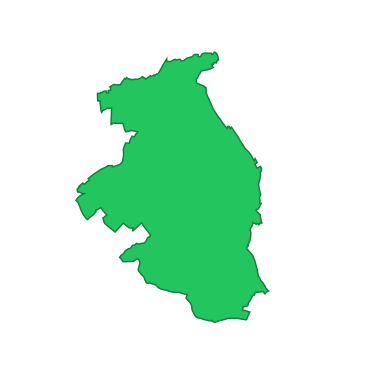 Craciunesti, Mures, Romania (Natural Earth projection), rotated 324°
{"feature_id": "2599482B86140675051410", "entity_name": "Craciunesti", "entity_type": "district", "adm_level": 2, "iso_a3": "ROU", "parent_name": "Romania", "parent_adm1": "Mures", "projection": "natural_earth1", "projection_center": [24.571, 46.464], "detail": "fine", "context": "isolated", "style": "filled", "palette": "green", "viewbox_px": 384, "rotation_deg": 324, "n_neighbors": 0, "source": "geoboundaries", "source_scale": "gbopen_adm2", "svg_char_len": 5979}
<svg xmlns="http://www.w3.org/2000/svg" viewBox="0 0 384 384"><g transform="rotate(324 192 192)"><path d="M195.7,317.0L195.3,313.4L195.3,312.7L195.7,311.6L195.7,309.7L196.0,307.6L195.6,303.8L196.2,301.3L196.3,299.0L197.6,295.9L198.4,294.7L199.9,290.9L201.4,287.2L202.7,283.6L202.9,281.9L203.5,280.8L203.6,279.3L203.7,277.3L203.3,273.0L202.8,270.5L203.4,269.6L203.9,269.1L204.5,268.8L205.9,268.6L206.0,268.5L205.8,268.1L206.1,267.7L210.6,265.2L212.5,263.4L214.0,261.5L215.6,259.8L217.0,256.3L218.3,255.6L218.6,255.7L219.2,255.5L220.9,254.6L221.6,254.1L223.2,252.6L224.9,255.1L224.8,255.3L225.0,255.8L225.3,255.9L225.9,255.6L226.8,256.6L227.7,256.8L226.5,257.6L226.6,257.8L227.6,257.7L228.1,257.2L229.0,257.4L230.2,258.2L230.4,258.1L230.6,257.6L230.4,257.3L230.5,256.9L233.0,251.8L233.9,250.5L233.3,248.6L233.3,247.9L233.0,247.0L232.9,245.2L233.3,244.3L233.6,244.2L234.9,244.6L236.5,244.4L238.6,243.1L241.2,242.0L241.4,241.8L240.1,240.7L240.8,240.1L242.0,238.9L243.0,236.6L246.1,234.2L247.6,230.5L249.9,225.5L250.6,224.7L254.4,221.5L257.7,218.2L257.9,217.3L258.2,216.8L261.2,215.2L261.8,214.2L262.1,213.4L262.3,212.1L262.3,211.3L260.0,211.3L258.7,210.9L259.2,206.4L262.1,206.5L262.6,202.1L260.6,203.3L260.8,201.4L261.1,199.8L261.4,196.1L261.3,192.5L260.5,188.0L260.9,182.9L260.6,183.0L260.8,182.1L261.8,172.3L261.6,171.6L262.0,163.9L261.9,162.7L261.0,163.2L260.1,163.1L260.0,162.8L260.6,161.6L260.5,160.9L260.0,160.2L259.3,159.9L258.8,160.6L257.7,161.2L257.3,158.5L257.5,155.9L257.4,152.7L257.6,150.4L257.7,149.7L257.4,148.3L257.7,140.4L258.2,135.7L259.1,132.0L259.5,130.1L260.3,127.0L260.7,124.3L261.6,120.6L262.2,118.9L263.1,118.3L264.6,115.8L263.8,114.8L263.8,114.6L264.2,114.2L263.7,113.1L259.8,106.7L260.8,104.6L261.6,103.4L262.2,103.1L263.5,103.1L266.0,101.5L268.6,100.6L270.5,99.5L274.2,101.1L276.5,102.3L279.3,103.2L282.0,103.7L282.4,103.7L282.3,103.2L283.0,100.4L284.3,101.3L285.4,100.7L286.0,100.3L286.4,100.4L287.1,101.6L287.5,101.9L287.9,101.7L288.9,100.6L289.8,100.8L290.1,100.4L290.3,100.4L290.9,100.7L291.1,100.6L291.7,99.6L292.7,97.4L293.2,95.2L293.2,94.3L292.8,92.6L292.4,92.1L292.1,91.9L291.9,92.0L289.9,92.9L289.5,92.7L288.8,92.2L289.3,91.7L289.3,91.4L288.8,90.7L286.7,89.3L284.9,87.7L284.3,87.4L281.7,86.2L280.1,86.7L279.1,87.3L278.8,87.2L278.2,87.3L276.9,86.7L276.8,85.9L277.4,85.1L277.7,84.5L277.5,84.1L276.6,83.3L275.0,82.3L273.1,82.3L272.5,82.7L271.7,82.6L266.4,80.7L263.6,80.7L263.0,81.0L261.8,80.5L260.3,79.2L260.5,78.0L260.3,77.7L259.5,77.0L258.4,76.5L257.3,76.4L256.8,76.1L256.7,75.9L256.9,75.3L256.7,75.0L255.0,74.3L252.1,74.1L251.3,73.9L250.7,73.3L248.5,71.8L248.8,71.1L249.8,69.5L244.2,71.8L234.3,76.4L232.7,75.8L229.9,75.8L230.0,75.0L226.7,74.5L226.5,74.2L226.6,73.5L220.8,73.6L221.0,72.3L220.1,71.1L219.9,69.7L219.6,69.6L216.9,69.6L215.4,69.1L214.4,69.1L212.9,67.6L210.3,66.3L208.9,65.2L208.2,64.8L207.9,63.7L207.1,63.5L206.3,60.9L204.9,61.6L204.4,61.7L204.1,61.2L204.0,60.6L200.5,61.7L197.0,63.2L196.2,62.4L194.3,61.3L192.6,59.7L191.5,58.9L187.3,58.7L187.7,59.3L187.6,59.5L186.1,61.9L184.1,60.8L182.7,62.8L181.1,61.7L182.2,60.2L180.6,59.0L179.7,58.6L178.2,58.7L176.4,57.9L175.8,58.1L173.4,56.7L169.3,62.9L171.1,64.0L166.1,73.0L165.6,74.4L166.6,74.3L166.7,73.7L167.3,73.6L171.8,74.5L172.7,74.5L173.4,74.8L173.4,75.4L173.9,75.7L176.5,76.5L166.2,89.8L167.0,90.1L167.5,89.3L167.7,89.2L176.5,96.1L176.6,96.4L175.7,97.8L175.4,99.1L174.0,102.0L174.0,103.5L173.8,104.5L179.2,106.8L183.5,111.3L181.8,112.2L181.2,112.3L180.7,112.0L180.1,112.2L179.5,112.7L177.8,113.5L176.3,111.6L175.5,112.1L173.5,113.0L172.6,113.5L170.1,115.6L167.0,113.4L163.7,115.5L161.3,117.4L158.5,121.8L154.9,125.3L155.1,125.5L153.9,126.4L152.1,127.1L149.7,127.2L145.2,126.0L142.3,124.6L143.0,123.8L140.6,122.0L139.2,121.2L138.9,121.5L131.5,120.2L123.6,119.8L116.0,120.1L116.1,121.9L109.3,122.4L109.0,120.6L104.1,120.9L104.3,121.8L100.8,122.1L99.6,124.5L99.6,125.3L100.6,125.3L100.9,126.3L101.7,127.5L102.1,128.6L103.8,129.9L103.0,129.9L100.3,129.3L97.1,129.3L93.2,130.5L93.6,132.4L93.7,133.2L93.6,134.1L91.5,141.7L90.8,146.7L90.8,150.3L90.8,151.2L91.3,152.9L94.4,152.5L96.5,152.6L97.8,152.4L99.5,152.3L100.8,151.9L102.2,151.7L103.1,151.1L103.3,150.7L103.2,150.3L103.5,150.1L104.8,150.6L109.1,151.0L109.0,154.6L109.6,160.6L104.7,160.7L102.8,165.8L106.2,179.2L118.1,176.9L120.0,184.0L123.2,186.7L121.2,188.5L121.4,188.7L133.0,187.4L132.9,195.0L133.0,195.9L133.1,202.7L131.1,203.2L129.4,202.9L127.9,203.6L125.8,204.9L125.2,205.1L123.4,205.1L122.4,204.9L120.8,203.7L118.4,202.9L117.4,201.9L117.3,201.2L116.9,200.9L114.5,201.2L112.6,200.2L111.8,200.4L110.1,201.2L108.8,201.2L107.2,200.5L105.6,200.5L104.0,200.3L102.9,200.5L100.2,201.7L97.5,201.5L95.1,202.3L95.3,205.4L95.2,207.5L95.7,208.2L98.0,209.8L103.5,213.4L104.4,213.7L106.5,213.7L108.2,214.0L108.8,214.4L109.0,214.9L109.1,215.7L109.1,216.9L108.5,218.2L107.3,219.6L103.5,222.5L103.0,223.1L102.5,224.4L102.5,228.2L103.1,231.9L102.9,233.2L102.2,235.4L102.1,237.1L101.7,238.1L101.8,239.1L103.2,240.3L104.1,240.6L104.5,241.0L107.1,244.5L108.2,246.4L108.4,248.8L108.7,249.9L109.6,251.9L110.9,253.5L112.0,254.9L113.6,256.4L115.7,259.6L116.9,260.7L117.8,261.9L123.3,266.5L124.3,268.1L127.5,271.7L127.8,272.4L125.8,273.6L124.7,274.5L125.4,279.2L125.4,280.8L125.0,283.1L124.8,283.9L123.1,286.9L122.5,288.6L121.9,293.0L121.9,295.3L122.1,296.2L122.4,296.8L124.5,299.1L126.3,301.6L129.8,305.8L130.6,306.6L131.1,306.9L131.5,306.8L132.3,307.4L132.4,307.5L132.1,307.9L132.7,308.9L132.9,309.1L132.8,309.6L133.2,309.8L134.2,310.9L134.5,311.1L138.9,312.3L139.9,312.8L144.3,314.6L146.1,315.1L147.4,315.8L154.3,320.7L159.5,326.1L160.7,327.2L161.2,327.3L161.9,326.9L163.0,326.0L165.7,324.6L167.3,323.6L168.2,323.2L166.7,321.0L163.6,317.2L163.8,316.8L165.9,315.1L166.3,315.0L168.9,316.6L170.6,316.6L171.1,316.0L172.7,314.8L175.7,313.7L179.7,311.7L180.7,311.5L182.0,312.0L183.0,311.2L184.2,310.6L190.6,314.1L191.2,314.7L191.0,316.1L191.0,317.1L191.2,317.3L193.1,316.8L194.2,316.7L195.7,317.0Z" fill="#22c55e" stroke="#15803d" stroke-width="1.5"/></g></svg>